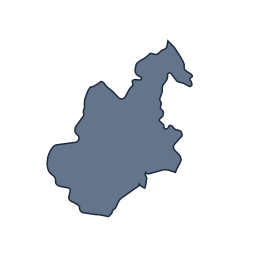 outline of Tianjin, rotated 24°
{"feature_id": "CHN-1816", "entity_name": "Tianjin", "entity_type": "Municipality", "adm_level": 1, "iso_a3": "CHN", "parent_name": "China", "parent_adm1": "", "projection": "robinson", "projection_center": [117.372, 39.408], "detail": "fine", "context": "isolated", "style": "filled", "palette": "slate", "viewbox_px": 256, "rotation_deg": 24, "n_neighbors": 0, "source": "natural_earth", "source_scale": "10m", "svg_char_len": 4089}
<svg xmlns="http://www.w3.org/2000/svg" viewBox="0 0 256 256"><g transform="rotate(24 128 128)"><path d="M189.4,149.3L186.1,149.6L182.2,150.0L178.0,151.3L171.1,156.9L166.1,161.1L164.3,162.0L162.2,161.4L162.5,163.5L163.3,164.0L164.3,165.1L165.6,166.3L166.1,168.9L166.9,171.0L167.6,174.1L167.8,176.1L164.8,176.0L163.5,175.8L161.0,174.5L161.2,175.6L161.3,175.8L161.6,176.1L150.1,195.3L149.5,197.4L149.3,199.6L149.1,206.4L147.7,208.9L147.6,211.0L147.9,212.8L147.2,214.3L146.3,216.8L137.0,218.9L133.8,220.2L121.0,223.8L119.6,223.6L118.9,223.4L118.4,223.1L117.8,222.7L117.0,222.0L116.6,221.5L116.3,221.0L115.8,220.0L115.6,219.4L113.4,218.5L104.6,217.9L102.6,216.5L102.0,215.3L100.8,209.0L100.4,208.2L99.9,207.5L99.2,207.0L98.5,206.9L97.8,207.0L89.8,208.9L89.0,209.0L87.9,209.0L86.3,208.7L85.4,208.4L84.8,208.0L84.4,207.6L83.9,207.0L82.6,204.3L82.0,203.5L81.1,202.8L80.1,202.3L78.0,201.7L74.9,200.7L72.9,199.4L71.6,198.1L70.2,196.2L69.0,194.3L68.1,192.0L66.9,188.1L66.4,185.7L66.3,183.5L66.4,179.3L67.0,176.5L67.2,175.9L67.7,174.8L67.9,174.3L68.1,174.0L69.2,172.7L85.9,162.4L86.3,162.0L86.8,161.5L87.1,160.9L87.5,160.1L87.6,159.3L87.6,158.6L87.5,158.0L87.3,157.3L87.1,156.8L86.8,156.3L86.5,155.9L86.0,155.5L84.9,155.0L83.0,154.3L82.5,154.1L82.2,153.9L81.8,153.6L81.4,153.3L81.1,152.9L80.8,152.4L80.5,151.9L80.3,151.4L79.8,149.5L79.8,148.2L79.9,146.8L81.6,138.9L82.4,135.4L82.4,134.2L82.2,133.8L81.0,132.1L80.4,130.7L80.1,129.5L80.0,127.7L79.8,126.7L79.5,126.0L78.8,124.6L77.2,120.7L76.9,119.3L76.7,118.3L76.3,111.6L76.4,109.3L76.9,105.9L78.2,105.3L78.6,105.0L79.5,104.0L82.7,99.7L84.5,96.4L85.8,96.3L87.0,96.5L87.4,96.6L88.3,97.0L89.4,97.8L91.8,98.9L99.2,100.9L107.3,104.2L108.0,104.3L108.7,104.3L110.1,104.1L110.7,103.9L111.2,103.6L111.7,103.1L112.1,102.5L112.6,101.4L112.9,100.0L113.4,92.5L113.9,90.5L114.2,89.3L114.6,88.6L114.8,87.9L114.8,87.1L114.6,86.0L114.2,85.4L113.8,84.8L113.3,84.4L113.0,83.9L112.9,83.3L113.0,82.6L113.7,81.7L114.2,81.2L114.8,80.9L118.9,79.5L119.4,79.3L119.9,78.9L120.2,78.5L120.3,77.8L120.0,77.1L119.6,76.6L119.0,76.3L118.3,76.2L116.9,76.2L115.3,76.0L114.0,75.6L113.5,75.3L113.1,75.0L112.6,74.6L111.5,73.3L111.2,72.8L110.8,71.7L109.9,68.1L109.7,66.9L109.7,66.0L110.2,64.6L111.2,62.4L115.2,56.8L116.1,55.1L118.1,50.6L122.7,49.8L123.8,49.3L124.3,49.0L124.7,48.6L125.2,47.9L125.7,47.0L126.8,44.3L127.2,43.6L127.4,43.2L129.2,41.3L129.6,40.8L130.0,40.0L130.3,39.3L130.4,38.5L130.2,36.6L129.0,32.2L137.7,35.6L147.3,41.9L151.9,45.4L153.5,47.1L154.7,49.9L156.0,51.7L159.1,52.5L162.3,52.9L163.6,53.2L165.2,53.9L165.8,54.5L165.8,55.1L164.9,56.6L164.6,57.5L164.5,58.1L165.0,58.9L166.6,59.7L167.2,60.2L167.7,61.0L168.6,62.1L168.9,62.5L168.9,63.1L168.5,63.9L168.2,64.4L167.8,64.8L167.4,65.0L166.7,65.1L161.8,64.6L160.4,64.6L155.9,65.3L154.6,65.4L153.4,65.2L152.9,65.0L145.7,61.0L145.0,60.7L144.3,60.6L143.7,60.7L143.1,61.0L142.5,61.8L142.3,62.3L142.3,62.7L142.5,63.2L143.2,64.8L143.7,66.4L143.8,67.8L143.7,68.9L142.6,74.3L142.5,75.3L142.6,76.0L142.9,77.2L144.4,80.4L144.8,83.2L145.0,86.9L145.3,89.2L145.8,89.7L146.7,90.4L147.7,91.0L148.1,91.5L148.5,92.2L149.1,95.6L149.3,96.2L149.6,96.7L150.1,97.1L150.6,97.4L153.1,98.3L153.5,98.7L154.0,99.4L154.4,100.3L154.8,102.0L154.9,103.0L154.8,103.8L154.5,104.3L154.2,104.9L153.8,105.5L153.5,106.3L153.2,107.5L153.4,108.1L153.8,108.6L154.3,108.9L157.8,110.0L158.9,110.5L159.4,110.9L159.8,111.3L160.1,111.7L161.1,113.2L161.5,113.5L162.0,113.8L162.6,113.7L163.0,113.5L163.5,113.2L163.9,112.7L164.2,112.2L164.5,111.7L164.7,111.1L164.7,110.5L164.7,109.9L164.7,109.3L164.9,108.8L165.4,108.5L165.9,108.3L166.5,108.2L167.3,108.3L167.9,108.5L170.2,109.6L170.8,109.8L171.5,110.0L172.2,110.1L172.8,110.0L174.8,109.6L176.8,109.4L177.7,109.7L178.5,110.2L179.7,111.4L180.2,112.3L180.4,113.0L180.4,113.7L180.3,114.4L179.1,117.4L178.9,118.3L177.2,123.5L177.1,124.2L177.0,125.0L177.0,126.0L177.3,126.8L177.6,127.6L178.0,128.1L178.4,128.6L179.0,129.0L186.3,132.0L187.0,132.5L187.7,133.2L188.8,134.5L189.3,135.3L189.5,136.0L189.7,137.3L189.7,139.3L189.2,145.9L189.2,146.4L189.2,147.0L189.4,149.3Z" fill="#64748b" stroke="#1e293b" stroke-width="1.5"/></g></svg>